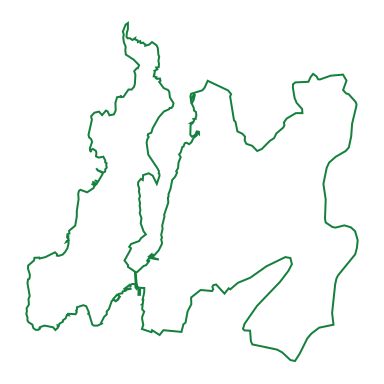 Moss nor, Østfold, Norway (Albers equal-area conic projection)
{"feature_id": "86288312B47904591856116", "entity_name": "Moss nor", "entity_type": "district", "adm_level": 2, "iso_a3": "NOR", "parent_name": "Norway", "parent_adm1": "Østfold", "projection": "albers", "projection_center": [10.675, 59.459], "detail": "fine", "context": "isolated", "style": "outline", "palette": "green", "viewbox_px": 384, "rotation_deg": 0, "n_neighbors": 0, "source": "geoboundaries", "source_scale": "gbopen_adm2", "svg_char_len": 5905}
<svg xmlns="http://www.w3.org/2000/svg" viewBox="0 0 384 384"><path d="M191.1,93.8L190.4,96.2L191.0,100.5L192.6,96.6L194.1,94.4L194.8,95.0L193.6,100.0L191.7,103.5L193.8,108.0L194.0,110.5L195.9,111.9L196.4,115.8L195.6,117.4L195.8,118.8L193.5,119.1L194.2,120.1L193.6,121.5L190.8,123.1L192.3,123.3L190.6,124.9L190.3,134.7L191.7,136.6L193.9,135.7L195.6,134.3L196.7,131.4L198.9,131.8L199.0,134.2L197.4,133.0L196.4,134.7L196.8,135.3L193.4,138.1L191.4,142.3L189.1,144.2L186.5,142.7L184.7,143.3L183.5,146.6L182.4,146.9L180.6,152.6L179.1,154.4L180.7,157.2L178.5,162.6L178.1,168.0L176.2,171.3L177.1,172.5L175.2,176.7L172.2,180.0L170.5,188.9L168.5,194.2L168.5,196.9L167.9,197.7L168.3,202.6L164.1,215.0L164.5,216.4L162.2,225.7L162.6,228.8L161.2,234.9L162.0,237.8L161.2,239.4L162.0,242.5L161.8,244.1L158.7,250.4L153.7,255.9L153.7,254.9L151.7,254.5L151.0,255.4L151.9,255.5L151.5,256.7L150.4,256.8L150.8,255.0L149.1,256.5L158.9,259.6L149.2,257.9L146.6,261.5L148.6,259.8L149.3,260.8L146.2,265.1L143.6,266.0L137.1,272.1L135.7,272.2L136.5,282.8L137.4,286.8L138.2,287.2L137.6,289.4L138.0,288.5L138.6,289.8L138.4,294.8L139.9,294.9L140.2,287.8L144.3,288.0L144.2,292.5L142.6,299.7L143.3,299.8L142.8,303.6L141.9,304.5L142.6,304.6L142.2,309.4L144.2,311.6L142.2,316.8L142.1,318.9L143.3,324.9L141.9,329.0L151.5,332.2L152.1,330.2L159.6,335.0L163.4,330.2L181.5,331.9L183.4,324.3L185.5,322.7L187.6,311.4L191.3,304.3L191.1,297.5L200.6,290.0L212.1,291.0L213.2,289.3L212.4,286.7L213.3,285.2L216.1,284.5L224.5,293.6L228.7,288.3L230.3,289.3L237.9,282.8L250.3,277.7L266.4,266.3L285.3,257.1L290.4,258.0L291.9,264.2L288.3,271.0L279.9,282.0L257.0,305.9L244.5,323.9L243.0,328.9L244.5,330.4L250.1,330.7L250.9,341.2L252.3,344.4L277.1,349.6L282.2,352.4L290.5,360.1L295.0,361.0L299.8,353.5L307.3,338.4L311.4,333.6L319.1,327.7L333.5,324.7L332.1,313.0L335.2,284.1L336.5,278.4L338.1,275.3L355.2,254.3L356.9,247.9L357.7,240.2L355.1,231.2L350.8,227.3L344.3,225.4L335.5,227.6L332.4,227.0L325.7,222.5L325.0,218.8L325.7,199.4L323.4,184.0L326.7,167.8L329.1,162.6L335.7,156.8L345.7,151.0L348.8,147.5L351.2,136.4L352.1,123.7L356.3,106.3L356.5,104.2L355.6,101.9L348.7,94.2L346.1,93.4L343.1,90.1L346.5,80.6L343.0,74.6L330.6,75.7L320.1,79.4L318.1,79.3L316.5,76.4L313.1,73.9L310.7,76.9L308.4,81.8L295.3,82.4L293.0,84.3L292.9,87.8L294.6,98.0L296.6,102.8L302.1,109.0L302.4,113.1L295.9,113.1L286.7,118.5L283.9,122.5L284.4,125.3L283.3,127.5L276.3,133.5L274.1,138.1L269.8,140.9L261.8,149.0L257.2,151.0L252.2,145.8L246.3,143.8L244.7,140.5L245.0,136.6L242.3,133.7L237.4,131.4L235.5,121.9L234.0,120.3L230.1,96.4L231.1,94.1L228.0,90.4L207.7,80.8L204.6,87.7L202.4,90.3L191.1,93.8ZM126.5,36.9L126.9,32.3L127.9,29.2L127.9,23.0L125.6,24.7L122.9,31.5L123.8,34.8L123.2,37.4L123.9,42.3L125.7,46.7L125.3,50.0L125.8,54.5L133.6,59.6L139.1,65.2L137.8,68.3L136.7,68.3L134.2,71.2L135.4,74.6L134.9,83.7L134.1,86.7L131.7,89.5L128.5,89.5L123.5,96.8L120.8,97.1L121.0,95.2L120.6,96.6L117.1,97.2L115.4,102.9L115.7,110.4L113.9,114.4L109.4,115.3L107.6,111.4L105.9,110.6L102.1,115.1L99.0,111.6L94.4,112.7L91.1,116.3L91.9,119.8L88.5,134.8L89.1,137.4L91.1,139.1L92.1,141.8L89.9,148.3L90.0,150.2L91.0,152.1L90.9,150.1L92.8,148.9L95.8,150.8L96.4,152.9L96.0,156.3L96.6,156.7L98.8,157.6L103.3,156.7L105.3,160.5L105.2,162.3L106.6,163.2L106.2,164.2L106.7,167.7L105.3,169.2L105.2,171.5L103.4,172.6L97.8,170.2L96.2,168.3L97.7,170.4L102.6,172.7L102.6,174.0L98.1,181.6L94.6,180.3L97.9,181.7L96.6,184.0L92.3,181.6L95.8,184.1L95.2,185.3L91.5,183.9L94.6,185.2L93.5,188.1L87.1,192.3L80.4,189.8L78.9,191.0L78.2,194.0L78.6,199.0L76.8,211.1L76.8,216.5L75.2,225.7L69.1,230.7L69.4,233.5L67.4,234.2L67.1,237.3L67.7,238.2L67.6,236.7L68.6,235.3L68.2,237.1L68.8,240.5L66.9,240.9L66.3,241.9L68.1,241.0L68.6,243.4L67.4,248.3L65.0,252.1L62.8,254.5L58.7,255.9L56.9,255.6L57.1,254.3L55.0,252.3L45.4,257.1L39.6,258.5L39.3,257.6L34.5,257.8L34.0,260.5L28.2,265.5L27.9,268.3L29.8,274.5L29.8,276.9L29.3,278.8L28.0,279.4L27.5,283.3L29.7,296.1L28.5,299.0L28.9,304.6L26.6,308.3L26.9,311.5L26.3,313.7L27.5,317.7L27.4,320.2L28.5,322.2L32.4,324.6L33.3,328.0L35.5,329.8L38.4,329.8L39.9,328.7L39.4,328.1L39.8,327.2L44.5,325.6L53.1,327.3L55.4,330.0L57.9,327.7L57.6,325.4L58.7,326.0L59.5,323.6L62.9,321.7L62.9,320.3L65.6,318.4L66.9,315.0L68.2,315.2L67.6,314.6L68.0,313.8L75.7,314.2L76.8,311.9L76.1,310.7L76.9,309.8L77.0,307.2L83.3,305.2L86.2,306.2L88.9,312.3L88.8,313.5L87.5,313.6L89.2,314.3L92.3,324.5L93.8,325.6L97.6,325.6L101.9,323.5L101.1,322.8L104.1,316.9L106.7,314.4L106.8,311.3L108.9,309.1L111.7,301.1L113.6,299.8L115.8,301.3L119.0,298.9L115.7,301.0L113.2,299.1L117.1,294.6L119.6,296.6L118.4,298.3L118.9,298.1L119.9,296.7L118.2,295.1L119.1,293.8L122.3,293.3L122.7,291.4L125.5,290.8L127.2,289.4L131.5,288.8L128.3,288.6L125.4,290.3L124.3,288.9L129.6,284.9L130.8,287.2L130.1,285.2L132.2,284.0L135.3,284.1L135.5,287.5L136.0,288.1L134.9,271.6L128.0,266.9L128.0,265.1L124.5,260.5L130.4,249.9L131.0,248.2L129.2,246.8L131.1,244.0L139.2,241.0L141.0,238.2L145.9,234.4L143.6,231.4L140.7,223.3L141.5,218.2L139.7,213.2L140.4,210.2L139.6,205.3L140.1,203.8L139.1,198.8L140.0,196.2L138.9,191.4L139.3,188.9L138.0,184.7L138.2,182.2L140.9,178.9L142.8,180.0L143.1,175.1L148.7,173.3L152.7,175.6L156.8,183.9L159.5,175.9L159.4,174.0L158.7,173.4L158.9,171.1L157.5,168.4L148.3,154.7L146.6,142.8L147.3,139.4L148.7,137.0L147.7,135.5L148.1,134.1L151.3,132.7L152.7,128.2L158.8,117.3L163.9,111.5L169.1,109.2L169.7,107.9L171.4,108.0L172.8,106.3L173.5,103.2L169.9,97.4L169.3,92.1L168.2,90.1L163.7,88.1L159.2,81.9L160.5,80.8L159.9,78.5L157.0,78.9L156.0,78.2L156.4,77.2L153.7,76.4L154.2,74.3L155.4,74.4L154.2,74.2L154.9,71.6L154.4,70.8L157.3,69.4L156.2,67.5L158.7,67.2L159.0,63.9L158.4,61.0L159.2,56.5L158.4,54.9L157.8,48.0L156.5,45.2L152.0,42.1L149.0,44.7L145.2,45.7L145.2,44.4L143.3,43.1L144.0,42.6L140.6,43.0L140.2,41.1L137.9,42.1L137.6,40.4L135.0,39.4L135.2,38.1L132.4,40.0L129.8,38.2L127.6,38.3L126.5,36.9Z" fill="none" stroke="#15803d" stroke-width="2"/></svg>